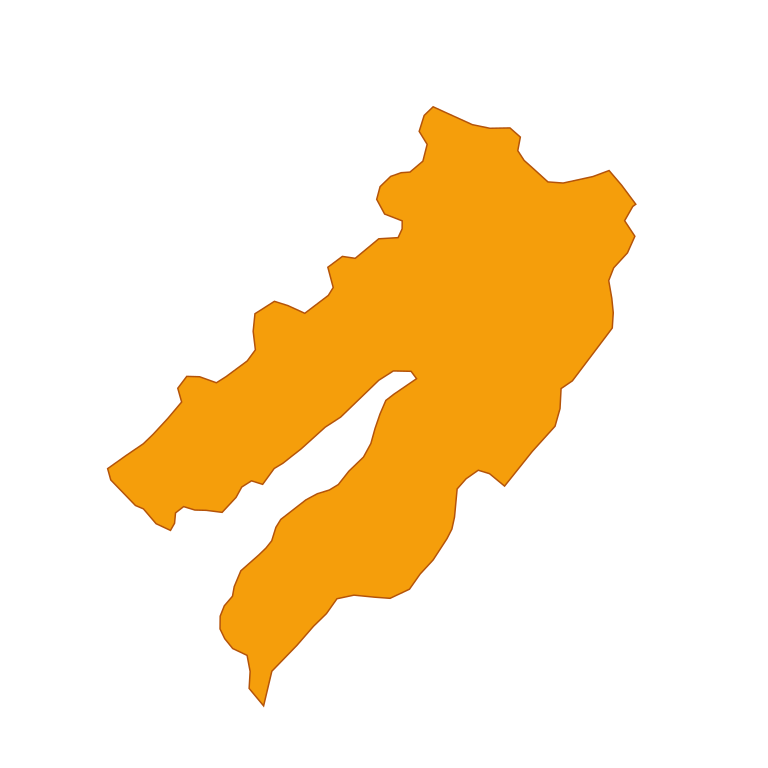 outline of Gangjin-gun, South Jeolla, South Korea, rotated 46°
{"feature_id": "91817680B37660936440541", "entity_name": "Gangjin-gun", "entity_type": "district", "adm_level": 2, "iso_a3": "KOR", "parent_name": "South Korea", "parent_adm1": "South Jeolla", "projection": "robinson", "projection_center": [126.77, 34.612], "detail": "fine", "context": "isolated", "style": "filled", "palette": "amber", "viewbox_px": 768, "rotation_deg": 46, "n_neighbors": 0, "source": "geoboundaries", "source_scale": "gbopen_adm2", "svg_char_len": 1891}
<svg xmlns="http://www.w3.org/2000/svg" viewBox="0 0 768 768"><g transform="rotate(46 384 384)"><path d="M429.6,78.0L406.2,75.0L386.8,73.8L379.9,89.6L363.9,115.5L352.5,125.7L335.4,126.8L320.5,127.9L309.1,125.7L301.1,114.4L287.3,115.5L273.6,130.2L258.8,140.3L230.2,151.6L218.7,156.1L218.7,168.5L226.7,183.2L241.6,186.5L250.7,201.2L249.6,218.1L243.9,224.9L239.3,235.0L239.3,248.4L239.3,249.7L246.1,261.0L262.2,265.5L279.3,257.6L285.0,263.2L288.5,272.2L275.9,286.9L273.6,317.4L263.3,325.3L261.0,343.3L279.3,353.5L281.6,362.5L278.1,391.9L261.0,398.6L248.4,405.4L243.8,428.0L255.2,441.5L270.1,452.8L272.4,466.4L269.0,492.4L266.7,503.7L250.7,511.6L241.5,520.6L243.8,535.3L256.4,542.1L258.6,563.6L259.8,585.0L259.8,598.6L256.3,619.0L252.9,641.6L263.2,647.2L298.7,647.2L306.7,643.8L326.2,645.0L341.0,639.3L338.7,631.4L331.9,623.5L333.0,613.3L343.3,607.6L351.3,599.7L363.9,589.6L362.8,569.2L359.3,557.9L361.6,546.6L371.9,541.0L368.5,521.7L370.8,511.6L371.9,500.3L373.1,489.0L374.2,456.2L377.7,438.2L377.7,422.3L377.7,405.4L377.7,391.9L377.7,385.1L381.1,368.2L393.7,355.7L402.8,356.9L398.2,384.0L397.1,394.1L402.8,407.7L409.7,421.2L417.7,434.8L422.3,449.5L422.3,469.8L424.6,486.7L422.3,496.9L416.6,508.2L413.1,520.6L409.7,552.3L412.0,561.3L418.8,573.7L420.0,582.8L420.0,592.9L418.9,616.7L425.7,632.5L431.4,640.4L432.6,652.9L437.2,663.1L446.3,672.1L456.6,675.5L469.2,676.6L484.1,671.0L497.8,680.0L509.3,692.5L531.9,694.2L512.7,664.2L511.5,628.0L509.3,603.1L509.2,585.0L505.8,567.0L515.0,552.3L531.0,538.7L542.4,528.5L549.3,508.2L545.8,490.1L544.7,470.9L539.0,446.1L535.5,435.9L528.7,425.7L510.3,404.3L509.2,390.7L511.5,376.1L521.8,370.4L541.2,368.2L535.5,324.1L533.2,290.3L524.0,274.5L510.3,259.8L512.6,246.3L503.4,187.7L502.3,180.9L492.0,169.6L480.6,160.6L465.7,150.5L460.0,138.1L458.8,117.8L452.0,100.9L433.7,97.5L429.1,81.7L429.6,78.0Z" fill="#f59e0b" stroke="#b45309" stroke-width="1.5"/></g></svg>